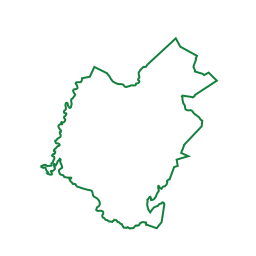 the district of Pluma Hidalgo, Oaxaca, Mexico, rotated 283°
{"feature_id": "50627088B69643884301220", "entity_name": "Pluma Hidalgo", "entity_type": "district", "adm_level": 2, "iso_a3": "MEX", "parent_name": "Mexico", "parent_adm1": "Oaxaca", "projection": "mercator", "projection_center": [-96.45, 15.922], "detail": "fine", "context": "isolated", "style": "outline", "palette": "green", "viewbox_px": 256, "rotation_deg": 283, "n_neighbors": 0, "source": "geoboundaries", "source_scale": "gbopen_adm2", "svg_char_len": 5639}
<svg xmlns="http://www.w3.org/2000/svg" viewBox="0 0 256 256"><g transform="rotate(283 128 128)"><path d="M226.1,154.4L194.2,132.7L191.8,131.8L191.5,131.3L191.0,129.4L190.4,128.9L187.2,126.9L184.8,126.1L184.1,126.0L182.2,126.6L181.0,127.3L179.7,127.7L178.8,127.4L178.3,127.0L177.9,126.9L177.4,127.0L176.8,127.3L176.5,128.3L175.7,128.6L175.2,128.5L174.4,128.2L173.4,126.6L173.1,125.9L172.1,125.9L171.3,125.6L170.7,123.8L170.4,122.0L170.1,121.3L169.9,120.9L169.2,120.3L168.7,119.0L167.6,117.2L167.5,116.4L167.6,115.6L168.1,114.8L169.1,113.6L169.3,112.7L169.1,110.8L168.6,108.7L168.9,106.3L169.9,102.6L171.0,101.5L171.9,100.3L174.2,98.3L176.7,95.0L179.9,81.5L169.4,79.3L166.1,72.0L165.0,72.4L162.6,72.0L162.0,71.6L161.7,70.5L161.5,69.3L160.7,67.2L159.5,67.0L159.0,67.7L157.5,69.0L156.2,69.7L155.6,69.8L154.9,69.4L154.3,68.7L153.5,66.7L153.0,66.3L151.8,66.1L149.6,67.9L148.7,69.0L147.2,68.7L146.4,68.1L145.7,68.0L144.9,67.6L144.0,67.1L143.5,66.4L141.9,66.4L141.2,66.6L138.8,67.7L135.4,67.7L134.5,67.0L134.5,66.6L135.8,65.0L136.4,64.4L137.3,64.1L138.4,63.6L138.8,62.8L138.6,62.3L138.3,62.0L137.8,61.8L136.2,61.9L133.7,62.9L132.5,63.2L131.5,62.9L130.3,62.0L129.5,61.9L128.4,62.4L128.3,62.6L128.3,63.3L128.4,64.3L128.2,64.6L127.8,64.8L127.2,64.7L125.6,64.2L124.6,63.2L124.0,63.3L123.2,63.6L122.0,65.0L120.9,65.0L119.3,64.3L118.9,63.8L118.8,62.8L118.8,61.9L118.3,61.7L118.1,61.8L117.7,62.5L117.3,62.8L116.9,62.9L116.6,62.3L116.7,61.9L116.6,61.4L116.1,60.7L114.8,59.8L114.2,59.8L113.8,59.9L112.8,60.4L111.5,61.8L110.6,63.2L109.3,63.4L109.2,62.8L108.8,62.5L108.3,62.6L107.1,63.0L106.6,63.6L106.1,64.0L104.9,64.2L104.2,64.1L103.6,63.7L101.7,61.7L100.0,61.0L99.8,60.8L99.4,60.0L99.1,59.9L98.8,60.0L97.3,61.0L97.0,61.5L97.0,61.9L97.1,62.6L97.2,63.4L97.0,64.3L96.5,65.0L95.7,65.2L95.4,65.1L94.4,63.5L93.5,63.0L92.8,62.7L90.6,61.1L89.8,60.9L89.3,60.8L89.0,61.0L88.7,61.3L88.7,62.4L88.3,62.5L87.0,62.5L86.3,62.2L86.1,61.8L85.9,61.1L84.3,60.2L83.9,60.3L83.7,60.6L83.6,61.1L83.4,62.4L82.8,62.8L82.3,63.0L81.0,63.1L80.0,62.8L79.4,62.5L78.8,62.5L78.4,62.6L77.7,62.5L76.9,62.0L76.3,61.4L75.8,61.4L74.5,61.9L74.1,61.8L73.6,60.6L72.9,57.9L72.9,57.3L73.5,55.9L73.4,55.3L72.8,53.9L71.8,53.0L71.5,52.2L70.9,52.1L70.6,52.2L70.4,52.7L70.1,54.0L70.3,54.9L70.7,55.4L71.0,56.2L70.7,56.6L69.3,57.2L68.6,57.8L68.0,58.5L66.9,59.9L66.6,60.1L66.0,59.9L65.7,59.4L65.2,60.4L65.1,61.7L65.1,63.1L65.7,64.2L66.4,64.1L67.9,63.4L68.2,62.6L68.4,62.5L68.8,62.8L69.0,63.8L69.6,64.8L71.8,66.0L73.1,65.6L73.2,65.2L74.0,64.8L75.0,64.1L75.3,64.0L76.1,64.0L76.3,64.5L75.2,65.4L75.3,66.0L77.4,66.7L79.0,66.9L80.4,67.3L82.1,68.5L82.6,68.5L82.5,69.1L81.8,69.6L80.4,69.3L78.2,70.5L78.0,70.9L77.0,71.6L74.5,72.8L73.0,71.4L72.2,70.7L71.7,70.4L70.8,70.3L69.1,71.1L68.3,71.7L67.5,72.6L67.4,73.6L67.5,74.4L67.3,75.6L66.8,76.2L66.2,76.5L65.9,77.1L66.1,80.6L66.7,82.8L66.7,83.9L66.5,84.0L66.0,83.8L65.5,83.4L65.0,82.5L64.5,82.6L64.1,83.2L63.3,83.9L61.9,86.2L61.4,86.3L61.1,86.7L61.3,87.8L61.6,88.8L61.3,89.5L60.9,90.0L60.3,90.4L59.5,91.5L59.2,95.0L59.0,96.2L58.8,100.0L58.7,103.2L58.9,105.8L58.3,107.3L54.2,109.3L53.4,110.5L52.5,113.7L51.5,115.1L50.3,116.4L49.1,117.1L47.7,117.7L45.6,117.4L44.7,116.7L44.1,116.0L43.4,115.6L40.2,115.4L40.7,115.6L40.4,117.6L40.9,118.6L41.3,120.2L41.1,121.9L40.7,122.6L39.5,123.1L38.5,123.1L37.2,122.5L36.4,122.7L35.5,123.2L35.1,123.8L34.8,125.2L33.5,126.7L33.6,128.7L33.2,129.2L32.8,130.0L32.8,131.6L33.0,132.0L33.0,133.0L32.9,133.7L33.9,134.1L34.1,134.5L34.8,135.2L35.1,135.3L35.5,135.3L35.5,135.8L35.4,136.1L35.4,136.5L35.5,137.2L35.5,137.5L35.1,138.1L34.4,138.6L34.0,139.2L33.9,139.5L34.2,140.1L34.2,140.3L33.9,140.9L33.0,142.1L33.0,143.1L32.9,143.6L32.4,144.1L31.9,144.3L30.7,145.6L30.1,146.1L29.9,146.3L30.3,148.0L30.3,148.7L30.4,149.2L30.6,149.4L30.9,149.5L31.3,149.8L31.3,150.2L30.8,151.1L30.7,151.6L30.8,152.2L30.5,152.6L30.6,152.8L31.0,153.1L31.1,153.9L31.6,155.5L32.0,156.0L33.0,156.4L34.0,157.0L34.8,157.6L34.9,158.2L34.7,158.4L34.9,158.7L35.2,159.5L35.3,159.5L35.4,160.1L35.6,160.5L36.6,160.7L36.9,160.9L37.8,161.1L38.0,161.3L38.2,161.6L38.5,161.8L38.6,162.0L39.1,162.5L39.7,163.8L39.8,164.2L39.7,165.4L40.0,166.1L40.0,166.7L39.9,167.0L38.5,167.0L37.7,167.6L38.0,167.9L36.8,178.5L43.8,181.9L61.9,180.6L63.1,179.7L63.3,178.9L63.3,178.2L62.7,177.8L62.1,177.8L61.5,176.6L60.9,175.6L60.2,175.2L58.6,174.5L57.7,172.7L56.4,171.1L53.5,169.7L50.8,168.6L53.0,166.3L53.9,165.7L55.0,165.2L57.2,164.0L59.4,163.7L60.6,163.7L62.4,163.0L62.9,163.5L63.7,163.7L65.6,164.6L66.0,165.1L65.7,165.5L64.8,166.1L63.9,166.3L63.0,166.7L63.6,168.2L64.2,169.1L65.1,169.6L67.1,170.5L69.7,170.9L71.8,171.4L73.1,172.1L73.9,172.1L76.8,170.8L78.2,170.5L78.5,170.8L78.1,171.5L77.1,172.3L76.5,173.2L76.3,174.3L78.5,175.2L79.0,175.8L79.5,177.1L80.3,177.4L81.0,178.1L81.6,178.3L83.8,178.5L84.2,178.5L84.7,177.9L85.2,177.9L86.7,179.0L87.2,179.5L87.3,180.1L100.3,181.7L102.3,185.0L108.1,182.5L114.1,193.1L115.6,185.5L118.1,185.6L119.5,186.1L121.4,186.2L122.3,186.4L124.1,186.4L146.2,199.4L151.9,198.7L152.1,197.6L152.5,196.9L154.6,194.6L155.0,193.3L156.1,191.3L156.2,190.4L157.7,188.1L159.1,186.6L159.4,185.8L159.4,184.8L159.1,184.1L158.7,182.3L158.7,181.1L159.1,180.1L159.5,179.6L160.4,179.2L160.9,178.9L162.3,178.5L163.7,177.4L164.2,176.5L165.2,176.0L166.2,175.6L167.1,175.0L168.2,174.6L169.6,174.3L171.0,173.3L171.8,173.9L172.6,183.7L172.4,184.1L173.1,185.0L173.7,185.5L174.2,185.6L175.0,185.6L194.1,203.9L200.1,194.1L196.7,190.3L197.5,188.8L197.7,187.2L197.7,186.4L198.1,180.4L198.7,180.4L199.3,180.3L200.3,179.5L201.1,179.0L201.9,178.2L202.6,178.1L203.5,178.0L210.2,178.9L211.2,178.3L212.4,178.7L213.8,179.0L219.0,160.6L226.1,154.4Z" fill="none" stroke="#15803d" stroke-width="2"/></g></svg>